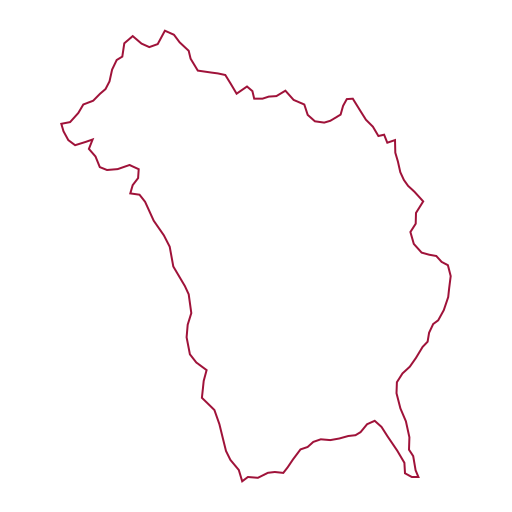 the district of Timburi, São Paulo, Brazil
{"feature_id": "56859067B46714943844197", "entity_name": "Timburi", "entity_type": "district", "adm_level": 2, "iso_a3": "BRA", "parent_name": "Brazil", "parent_adm1": "São Paulo", "projection": "equal_earth", "projection_center": [-49.61, -23.198], "detail": "fine", "context": "isolated", "style": "outline", "palette": "rose", "viewbox_px": 512, "rotation_deg": 0, "n_neighbors": 0, "source": "geoboundaries", "source_scale": "gbopen_adm2", "svg_char_len": 1906}
<svg xmlns="http://www.w3.org/2000/svg" viewBox="0 0 512 512"><path d="M418.4,477.0L415.6,470.3L413.2,456.1L409.0,449.7L409.4,437.3L405.9,421.3L400.4,408.4L396.5,393.2L396.9,382.2L402.5,373.4L409.8,366.7L415.9,358.0L422.6,346.9L427.6,341.7L429.1,332.7L433.2,324.0L438.2,320.3L443.8,310.1L448.2,297.1L449.1,288.7L450.7,276.1L447.9,265.2L441.6,261.9L436.3,256.0L429.1,254.7L421.6,252.6L413.8,243.9L410.4,232.0L415.7,223.7L416.0,212.9L423.2,201.4L414.5,191.8L408.1,185.9L403.9,180.0L400.3,172.2L397.9,161.5L395.3,152.7L395.0,140.1L387.3,142.7L384.1,134.7L378.4,136.0L372.9,126.7L365.9,119.7L360.3,110.8L352.8,98.7L346.8,99.1L343.1,105.8L340.6,114.6L330.3,120.8L324.2,122.6L314.9,121.3L307.7,114.9L304.3,104.5L293.6,99.9L285.4,90.7L276.4,96.1L268.8,96.6L262.4,98.7L254.2,98.7L252.4,91.1L247.0,86.5L236.6,93.7L230.8,83.9L225.3,75.0L217.8,73.4L211.6,72.6L197.8,70.6L190.6,58.7L188.7,50.8L179.6,42.3L174.0,34.8L164.9,30.7L157.7,44.1L149.3,47.1L141.5,43.6L132.7,36.1L124.3,43.3L122.3,56.6L116.7,60.0L112.1,69.6L109.5,81.4L105.5,89.1L100.1,93.7L93.2,100.7L83.3,104.5L78.3,113.0L70.1,122.1L61.3,123.8L63.5,131.3L68.3,140.1L75.1,145.2L85.7,141.9L92.6,139.5L88.9,148.9L95.5,156.5L99.8,167.1L107.0,170.0L117.7,169.1L129.5,165.0L138.7,169.2L138.1,178.1L132.7,185.1L130.3,193.4L139.5,194.7L145.1,201.8L153.7,220.7L163.9,235.4L169.7,246.7L173.3,266.5L184.9,286.1L188.7,294.3L191.3,313.1L187.7,324.7L186.6,337.3L189.9,354.3L196.3,362.5L206.6,370.1L203.7,380.9L202.9,388.6L201.9,397.8L214.4,410.0L219.4,424.2L222.9,438.5L226.0,451.0L230.4,459.9L238.8,470.0L242.2,481.3L247.9,477.0L257.9,477.8L267.9,472.8L274.8,472.0L283.3,472.9L287.6,467.4L293.0,459.4L300.5,449.4L307.6,447.0L313.3,441.9L320.8,439.3L330.3,440.1L339.3,438.5L348.3,436.0L355.5,435.2L360.6,432.1L367.1,424.2L374.7,420.8L381.5,426.9L387.5,436.3L397.2,450.6L404.4,462.8L405.0,473.3L411.8,477.0L418.4,477.0Z" fill="none" stroke="#9f1239" stroke-width="2"/></svg>